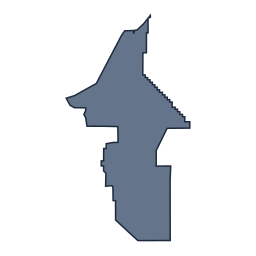 Lyon, Nevada, United States of America
{"feature_id": "52423323B15747846932953", "entity_name": "Lyon", "entity_type": "district", "adm_level": 2, "iso_a3": "USA", "parent_name": "United States of America", "parent_adm1": "Nevada", "projection": "equal_earth", "projection_center": [-119.16, 39.077], "detail": "fine", "context": "isolated", "style": "filled", "palette": "slate", "viewbox_px": 256, "rotation_deg": 0, "n_neighbors": 0, "source": "geoboundaries", "source_scale": "gbopen_adm2", "svg_char_len": 1219}
<svg xmlns="http://www.w3.org/2000/svg" viewBox="0 0 256 256"><path d="M66.2,98.2L70.1,105.3L74.4,107.7L85.6,107.8L85.7,110.5L83.9,114.5L85.6,117.5L87.0,126.2L106.7,126.3L117.8,126.6L118.0,137.5L118.0,142.4L113.7,142.4L106.2,143.7L106.1,148.5L103.7,148.5L103.6,160.9L101.3,160.9L101.2,165.9L103.6,165.9L103.6,170.9L105.9,173.3L105.6,186.2L111.9,185.7L112.9,186.9L113.1,200.6L115.5,200.6L115.6,220.0L122.0,226.0L125.6,229.2L127.7,231.3L137.8,240.5L141.8,240.6L170.2,240.5L170.1,180.8L170.7,166.0L156.2,166.1L156.2,150.5L167.0,128.5L167.5,128.3L189.8,128.1L189.8,121.8L184.8,121.7L184.8,116.8L182.5,116.7L182.5,114.4L179.8,114.4L179.8,111.8L177.5,111.7L177.5,109.2L175.1,109.2L175.1,107.2L172.1,107.2L172.2,102.1L169.7,102.1L169.7,99.6L167.3,99.7L167.2,97.2L164.8,97.3L164.8,94.8L162.4,94.8L162.4,92.3L159.5,92.3L159.5,89.8L157.2,89.9L157.2,87.2L154.8,87.2L154.8,84.8L152.4,84.8L152.4,82.3L150.0,82.3L150.0,79.8L147.6,79.8L147.6,77.6L145.2,77.4L145.2,75.0L142.8,74.9L142.9,52.8L146.4,52.8L146.5,32.9L148.1,32.9L148.0,18.4L150.4,17.1L150.3,15.4L143.6,23.8L137.1,29.9L134.8,30.3L133.5,33.7L133.6,30.5L124.7,30.8L121.5,35.4L96.3,83.5L86.2,89.1L74.6,95.6L66.2,98.2Z" fill="#64748b" stroke="#1e293b" stroke-width="1.5"/></svg>